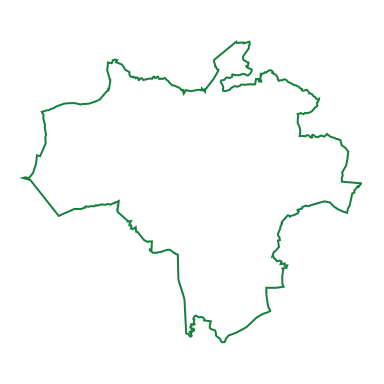 the district of Tototlán, Jalisco, Mexico
{"feature_id": "50627088B76756657646765", "entity_name": "Tototlán", "entity_type": "district", "adm_level": 2, "iso_a3": "MEX", "parent_name": "Mexico", "parent_adm1": "Jalisco", "projection": "albers", "projection_center": [-102.723, 20.538], "detail": "fine", "context": "isolated", "style": "outline", "palette": "green", "viewbox_px": 384, "rotation_deg": 0, "n_neighbors": 0, "source": "geoboundaries", "source_scale": "gbopen_adm2", "svg_char_len": 5857}
<svg xmlns="http://www.w3.org/2000/svg" viewBox="0 0 384 384"><path d="M318.9,99.1L318.3,99.6L317.6,99.5L316.8,98.7L316.2,98.7L314.9,97.0L313.5,96.3L312.5,94.6L310.3,93.4L309.2,93.5L308.7,92.0L306.8,89.8L303.1,90.8L302.6,90.6L301.7,90.0L301.9,88.9L299.9,88.1L298.8,86.7L297.1,86.2L296.1,85.3L294.1,85.2L292.1,83.8L288.2,82.0L286.2,79.9L285.5,79.5L283.6,79.4L282.5,80.3L280.8,80.2L278.8,80.8L278.3,79.6L277.8,79.5L277.7,77.9L276.7,75.9L275.5,74.6L272.2,72.9L273.0,72.2L271.8,70.7L270.3,70.2L269.1,70.4L267.5,71.4L266.5,72.1L266.4,72.5L265.0,72.2L264.2,73.0L262.9,73.6L260.6,73.8L260.7,76.0L261.1,76.0L260.1,78.7L260.2,80.3L261.2,80.4L261.3,81.7L258.7,81.2L258.9,78.9L256.0,79.0L255.1,84.3L253.7,84.3L252.5,84.7L251.6,84.2L249.2,84.2L248.3,84.6L247.1,84.4L245.4,84.9L242.9,84.5L240.9,84.7L240.1,85.7L237.8,86.6L236.5,86.6L235.2,86.1L234.2,86.3L230.9,88.2L229.8,89.6L228.9,90.1L225.6,91.1L223.3,90.9L222.8,89.8L223.3,87.7L223.1,86.3L220.9,82.3L220.8,81.3L221.5,80.4L224.4,79.8L226.3,77.6L227.4,77.5L229.2,78.0L230.5,77.7L232.1,76.7L232.3,76.1L232.2,74.8L232.8,74.4L235.9,75.2L238.7,75.2L239.9,75.1L241.6,74.2L243.3,73.9L244.8,74.1L247.0,75.4L247.8,75.5L249.1,74.6L250.8,72.7L251.5,71.3L251.8,69.6L247.1,67.4L246.3,66.2L247.6,66.0L248.0,65.6L248.1,64.6L248.7,63.2L248.3,62.5L247.8,62.7L247.5,62.2L243.6,60.1L242.9,57.8L243.3,56.1L248.9,48.2L248.8,45.7L249.8,44.7L249.4,41.7L243.7,43.4L243.5,42.5L236.9,42.9L236.3,41.7L214.1,59.9L214.1,62.0L215.2,64.7L215.1,66.4L215.9,66.8L217.2,69.4L218.2,69.5L218.4,70.6L213.6,78.9L206.1,88.6L205.0,89.0L205.0,91.7L201.9,88.5L201.9,90.2L201.2,90.3L199.9,89.9L197.5,89.8L191.2,91.2L187.7,90.5L187.0,90.7L186.2,90.0L185.3,90.4L184.6,92.3L183.8,93.7L183.0,91.2L183.1,89.9L181.5,89.7L181.3,90.0L180.0,88.3L178.9,87.6L174.6,85.7L172.0,85.2L169.2,82.4L168.3,81.1L166.3,79.6L165.3,78.3L164.6,78.0L162.7,79.0L160.8,78.6L160.0,79.0L159.1,78.8L158.6,78.4L158.2,76.9L157.7,76.6L157.0,76.8L155.9,77.9L154.8,77.8L153.9,76.6L153.3,76.9L152.1,78.8L150.1,78.5L143.2,80.0L142.0,78.3L140.0,78.6L139.1,80.0L138.6,80.0L138.2,78.5L137.5,77.6L137.0,77.4L135.5,78.2L134.8,77.2L133.5,77.4L133.0,76.8L132.0,77.1L130.0,75.9L129.3,73.9L129.5,72.2L124.9,69.5L123.9,67.2L121.8,64.5L115.9,62.1L117.2,60.1L115.0,59.5L113.7,60.2L113.1,60.1L111.7,63.2L107.9,62.5L107.7,66.4L107.1,69.9L109.9,79.6L110.4,80.0L109.0,88.8L108.3,88.8L108.4,90.5L107.3,90.7L100.0,99.2L97.4,100.7L89.9,103.4L87.9,103.8L82.8,104.0L80.5,104.5L75.9,103.3L73.7,103.1L68.3,103.2L64.0,103.7L56.4,106.4L54.7,107.6L51.7,108.9L50.6,109.0L49.1,110.2L46.8,110.3L41.8,111.9L43.5,114.9L43.3,118.2L44.1,122.1L44.7,123.3L45.0,125.1L44.8,126.7L45.0,129.7L45.5,131.3L45.7,133.5L46.2,134.2L45.3,137.6L45.7,143.4L40.1,156.2L37.0,155.3L36.0,163.8L33.0,173.1L28.9,178.1L25.5,177.3L23.0,178.0L30.3,180.0L58.7,215.9L74.5,208.9L80.8,209.1L84.9,207.6L84.7,207.3L85.7,206.3L88.3,206.8L91.5,206.0L92.3,206.3L94.8,206.2L95.5,205.3L96.1,205.2L97.0,205.7L101.3,204.4L105.1,204.8L107.7,204.0L110.5,204.6L115.2,202.5L115.3,202.8L118.7,201.0L118.5,203.7L117.8,205.4L118.3,205.6L117.3,209.3L117.7,209.3L117.6,211.9L127.7,220.8L127.4,221.2L127.5,221.5L130.8,221.1L130.1,222.0L130.4,222.2L129.6,223.6L129.4,225.4L131.2,225.4L131.4,226.5L130.8,228.5L131.9,228.6L132.9,229.2L135.7,227.2L136.2,231.8L137.5,231.9L144.1,240.1L147.5,241.9L148.1,241.9L148.5,241.4L151.9,241.4L151.5,249.6L149.8,249.3L149.8,250.2L152.8,252.7L157.0,252.8L159.0,252.1L161.4,252.0L161.9,251.5L167.3,249.8L168.9,249.7L170.2,250.0L174.0,252.9L174.9,253.1L175.9,254.1L177.8,254.5L178.4,278.9L178.8,281.1L183.2,294.7L184.5,299.7L186.2,333.5L188.2,333.9L190.0,336.5L190.8,336.6L191.7,335.8L191.2,335.1L191.2,333.1L190.0,332.8L189.7,331.9L190.8,331.4L191.2,331.7L191.2,331.4L192.1,330.9L192.7,331.4L193.3,331.1L194.1,330.3L194.1,329.5L193.3,328.6L192.7,328.6L191.7,329.2L191.3,328.1L190.4,327.7L190.3,327.0L191.6,325.9L191.6,325.5L190.9,324.8L191.2,324.2L192.0,324.1L193.7,324.7L194.6,324.2L193.9,322.9L193.9,321.2L194.3,319.9L193.4,319.1L193.3,318.5L194.1,317.7L194.4,316.5L195.8,315.6L199.0,317.3L200.8,316.9L202.8,317.4L204.4,319.1L204.1,320.4L210.8,321.3L209.8,325.5L209.8,327.8L210.9,329.0L215.0,330.4L215.9,332.7L216.0,335.4L216.3,336.0L220.4,339.2L220.7,340.7L221.6,341.8L222.7,342.3L224.7,342.0L226.1,338.5L228.6,335.5L236.2,332.7L246.4,327.2L256.8,317.4L262.9,313.9L268.5,312.0L270.3,310.9L267.9,305.8L268.1,305.1L267.8,304.8L266.4,294.6L266.3,287.8L276.3,287.8L283.7,286.7L282.4,284.1L282.2,277.0L283.1,270.3L282.5,268.5L286.3,267.9L287.2,265.4L284.6,265.7L284.7,263.5L280.6,264.1L281.5,261.6L279.7,260.6L276.8,261.2L275.3,258.9L274.0,258.3L273.0,255.8L272.4,256.2L273.8,252.0L275.1,251.3L279.0,247.0L278.0,240.6L279.9,240.1L279.5,237.7L278.0,235.3L277.9,234.2L280.1,228.9L280.7,225.9L282.0,224.0L282.0,223.4L281.5,222.9L282.7,221.0L287.8,215.3L288.8,215.4L289.7,216.5L289.8,216.2L294.0,215.1L298.0,213.1L298.7,211.6L297.5,210.2L297.6,209.8L301.8,208.6L302.2,208.3L302.2,207.1L305.7,205.7L308.5,206.2L311.2,205.1L324.1,201.4L329.9,202.4L333.6,206.3L337.7,209.1L342.5,211.4L347.0,212.8L348.1,208.1L349.6,205.8L352.3,193.4L354.4,192.6L354.3,190.7L355.0,189.7L357.7,186.4L358.1,187.2L358.9,186.7L359.2,185.8L360.1,185.1L360.9,183.7L361.0,183.3L341.9,181.7L341.8,178.0L342.7,175.4L342.2,172.4L346.1,165.5L347.1,161.0L348.3,151.8L345.7,148.1L341.5,145.1L341.0,142.0L340.1,139.9L338.5,139.5L337.8,139.0L336.2,139.0L335.0,138.1L330.0,136.6L329.4,135.6L328.3,135.2L327.0,134.0L324.3,136.6L321.0,135.5L317.8,137.2L315.7,137.0L314.2,135.5L312.9,134.8L312.3,135.1L312.0,135.8L312.2,137.5L311.5,137.7L310.4,137.2L309.1,135.8L307.7,135.2L306.7,135.3L305.5,136.3L301.9,135.9L299.6,136.1L300.2,132.5L300.1,129.1L299.5,126.9L297.7,123.1L297.8,118.4L298.2,116.3L297.6,114.1L300.8,113.1L303.4,114.2L305.0,112.9L306.8,113.2L309.7,112.5L311.7,111.5L314.9,107.7L317.3,105.9L317.0,102.9L318.6,100.6L318.9,99.1Z" fill="none" stroke="#15803d" stroke-width="2"/></svg>